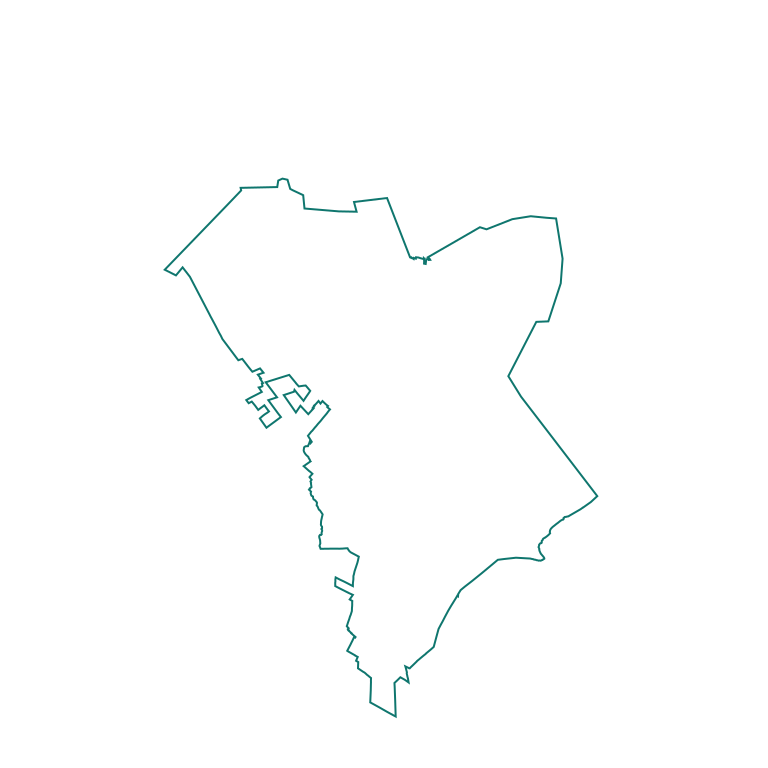 outline of Villa de Arriaga, San Luis Potosí, Mexico, rotated 314°
{"feature_id": "50627088B85978668916883", "entity_name": "Villa de Arriaga", "entity_type": "district", "adm_level": 2, "iso_a3": "MEX", "parent_name": "Mexico", "parent_adm1": "San Luis Potosí", "projection": "equal_earth", "projection_center": [-101.343, 21.982], "detail": "fine", "context": "isolated", "style": "outline", "palette": "teal", "viewbox_px": 768, "rotation_deg": 314, "n_neighbors": 0, "source": "geoboundaries", "source_scale": "gbopen_adm2", "svg_char_len": 6070}
<svg xmlns="http://www.w3.org/2000/svg" viewBox="0 0 768 768"><g transform="rotate(314 384 384)"><path d="M442.8,614.8L451.5,615.3L462.9,539.5L470.1,491.3L476.0,468.0L534.5,450.4L543.2,458.7L579.2,441.2L598.2,425.4L622.6,392.8L616.6,385.6L606.6,373.0L591.7,361.8L566.5,350.3L563.4,344.1L505.6,327.5L505.7,330.0L505.4,331.0L504.3,330.0L504.8,328.9L503.4,328.3L502.9,328.0L502.9,327.9L499.3,330.6L498.4,329.2L499.9,327.9L502.2,325.5L502.2,325.4L501.6,326.0L500.8,324.6L499.9,323.0L498.9,320.9L497.4,319.0L496.3,319.8L495.4,317.9L494.5,318.5L494.1,315.9L493.7,316.1L493.2,314.8L519.9,257.0L494.1,236.0L492.9,237.9L488.9,244.6L476.8,231.6L455.0,204.9L463.7,194.7L460.0,183.8L459.2,181.0L463.9,172.7L461.2,168.3L456.9,166.6L451.5,170.4L425.5,144.6L424.0,146.8L403.1,146.9L339.1,146.9L328.7,146.9L313.9,146.9L317.6,158.9L328.0,158.1L326.3,169.9L312.7,210.6L312.1,212.3L311.0,215.8L308.7,222.9L306.3,229.9L305.3,233.3L304.1,236.5L300.5,258.8L299.9,262.7L302.3,263.9L303.6,264.6L302.2,274.0L301.6,278.7L301.5,279.9L301.4,280.8L309.1,284.0L308.4,289.5L307.1,288.8L303.1,286.8L302.4,291.7L301.7,291.4L300.6,296.3L299.5,295.8L298.2,298.0L297.8,298.1L295.9,297.2L294.5,296.3L293.9,299.2L293.4,301.6L290.1,300.5L281.7,297.6L279.8,297.0L276.8,296.1L276.2,300.0L279.5,301.1L278.9,306.3L278.0,311.5L280.7,311.9L283.5,312.4L285.6,312.7L285.1,315.5L284.6,318.5L284.4,320.3L282.8,320.1L279.3,319.3L276.7,318.9L273.0,318.6L270.9,329.8L288.6,332.8L289.3,327.9L292.0,312.0L300.1,316.3L303.1,297.7L324.7,309.5L323.5,320.0L323.4,320.1L323.1,324.4L327.0,327.4L327.9,328.2L328.5,328.7L328.3,331.1L327.8,335.7L326.3,336.0L324.0,336.4L319.6,337.1L316.0,337.8L316.1,337.0L317.0,328.3L317.6,323.7L315.9,324.6L306.4,319.6L303.7,333.3L302.3,340.4L310.3,339.0L309.7,350.5L312.5,350.4L316.7,350.3L316.6,350.0L317.9,350.1L317.8,349.2L320.0,349.2L320.0,348.7L322.3,348.9L326.3,348.7L325.8,351.9L329.0,351.6L329.0,355.0L329.1,357.5L329.3,359.0L328.0,359.1L328.0,360.2L328.2,362.8L326.2,362.9L324.5,363.1L323.2,363.3L321.9,363.4L317.2,363.7L313.2,364.1L309.6,364.2L306.2,364.5L305.1,364.5L300.4,364.9L299.2,364.8L293.9,365.3L292.2,372.2L290.2,372.3L290.6,370.8L289.1,371.5L287.3,372.1L286.5,372.5L284.7,370.8L283.8,370.6L283.2,370.5L282.3,370.9L281.8,371.4L280.6,372.2L280.1,372.8L279.9,373.2L279.5,374.1L279.3,374.9L279.0,376.3L278.9,377.6L278.9,378.5L279.0,379.6L279.0,380.2L278.7,380.6L278.5,381.2L278.1,382.7L277.8,383.7L277.3,384.4L277.3,384.9L269.1,383.3L269.4,390.6L269.6,392.0L269.7,394.7L269.7,394.9L266.6,395.0L265.3,395.1L265.1,396.3L264.8,398.5L262.8,398.8L262.2,400.3L261.7,400.5L260.5,402.1L259.6,403.1L259.5,403.4L257.5,403.4L257.4,403.1L257.2,403.1L256.7,403.3L256.7,403.5L255.9,403.5L255.9,404.1L255.9,406.3L255.1,406.7L254.4,407.2L253.3,409.2L253.4,410.0L253.7,411.1L252.8,412.1L252.1,413.5L252.5,415.1L252.4,416.3L252.2,418.0L251.4,418.8L250.5,419.4L249.8,420.0L249.8,421.2L248.8,423.4L248.4,424.5L248.6,425.7L248.2,427.6L247.6,430.4L246.3,431.2L245.0,431.9L244.6,432.2L243.3,433.0L243.2,433.0L242.0,433.8L241.2,434.4L240.4,435.1L239.5,435.9L238.9,436.4L238.5,437.2L238.3,438.5L237.7,439.2L237.1,439.7L236.5,439.6L236.1,439.9L235.9,441.0L235.2,441.7L234.0,442.2L233.1,442.9L232.6,443.6L231.7,443.6L231.0,442.8L229.7,443.0L229.2,443.4L228.5,444.3L227.8,445.6L227.1,446.7L226.1,447.8L225.0,449.0L223.6,449.6L222.7,450.1L222.1,451.5L221.7,452.2L221.4,452.9L223.5,455.0L224.8,456.3L232.1,463.7L234.4,466.2L237.0,468.7L239.2,470.6L240.5,471.9L240.2,472.8L239.9,474.1L239.7,475.4L239.8,477.0L242.3,485.8L238.9,487.9L237.0,489.0L228.7,493.0L226.3,494.5L224.6,495.4L222.3,497.6L219.1,500.0L217.0,502.0L216.1,499.0L215.4,496.6L214.1,492.4L212.6,488.0L211.3,483.6L209.5,484.9L208.2,486.2L207.1,487.0L205.7,488.4L205.2,488.9L204.8,489.2L205.1,490.5L206.2,494.2L209.3,504.2L210.7,508.1L205.2,509.0L205.9,511.9L204.5,513.1L203.3,514.3L201.7,515.7L200.8,516.4L198.7,518.3L198.2,518.7L194.6,520.5L194.3,520.6L193.2,521.0L190.7,522.3L187.8,523.6L184.6,525.2L184.2,525.3L183.9,525.5L183.8,527.7L183.5,527.7L183.5,528.4L182.3,528.6L182.4,529.8L182.0,529.8L182.2,533.7L181.9,533.7L182.2,539.3L181.5,539.4L181.4,538.2L177.4,539.6L175.4,540.2L173.6,540.8L166.5,542.9L166.5,543.1L168.7,551.7L168.6,551.8L169.4,554.7L165.5,556.2L166.1,558.6L161.4,562.8L162.5,569.0L162.9,570.4L163.0,572.2L163.0,573.7L163.2,575.3L163.3,577.1L163.5,578.9L161.6,580.6L160.2,582.0L159.4,582.7L154.2,587.5L145.4,595.3L146.4,598.9L148.2,605.6L150.3,613.9L152.9,623.4L164.2,611.8L173.8,601.8L176.2,599.2L180.0,599.4L184.4,599.5L185.7,604.5L186.4,609.0L188.8,605.8L189.9,603.9L190.2,603.6L190.8,602.6L191.4,601.7L191.8,601.2L192.5,600.8L192.8,600.3L193.4,599.3L194.9,596.9L195.7,595.5L195.9,596.1L196.6,598.2L197.0,599.6L197.3,600.0L199.2,600.0L201.0,600.1L203.9,600.2L207.3,600.3L207.5,600.2L215.9,601.1L218.9,601.5L219.2,601.4L225.6,602.1L229.4,602.4L238.6,597.3L245.7,593.4L250.5,592.0L254.2,591.0L258.8,589.6L265.5,587.7L268.0,587.1L270.9,586.4L280.2,584.4L282.6,583.8L282.7,584.7L283.5,584.1L283.9,583.8L284.4,583.3L289.0,582.3L294.4,582.9L303.4,584.2L315.5,585.7L336.6,588.0L341.7,592.1L350.7,599.6L360.0,610.4L361.1,612.3L361.5,612.7L361.8,613.5L362.0,614.1L362.4,614.4L362.8,615.1L363.0,615.4L363.1,615.9L363.5,616.5L363.9,616.9L364.3,617.9L365.1,618.5L365.6,619.3L366.0,619.6L366.7,619.7L367.2,620.1L367.5,620.3L368.0,620.2L369.6,620.7L370.0,620.4L370.3,619.6L370.5,618.6L370.8,615.4L370.9,614.5L371.3,613.6L371.8,612.2L372.2,611.5L372.6,610.8L373.1,610.5L373.2,610.2L373.5,609.9L374.0,608.5L375.7,607.7L376.0,607.3L377.1,607.1L378.0,607.1L378.4,607.3L378.8,607.7L379.3,607.7L379.9,607.3L380.4,606.7L380.9,606.4L381.7,606.5L382.3,606.4L382.7,606.1L383.4,606.0L385.0,606.4L385.4,606.5L385.6,606.7L386.0,606.7L387.8,607.0L389.9,607.2L392.0,607.2L392.7,606.0L393.2,605.8L393.9,605.2L395.0,604.8L395.9,604.6L397.6,604.6L398.0,604.6L399.0,604.7L400.3,604.9L403.5,605.3L404.4,605.5L407.7,605.9L408.4,606.0L410.6,606.7L411.0,607.1L411.9,606.9L412.3,606.3L413.9,606.4L415.1,607.4L416.2,608.0L416.7,608.5L419.3,609.2L420.0,609.4L430.5,612.4L433.3,612.9L433.3,613.0L442.8,614.8Z" fill="none" stroke="#0f766e" stroke-width="2"/></g></svg>